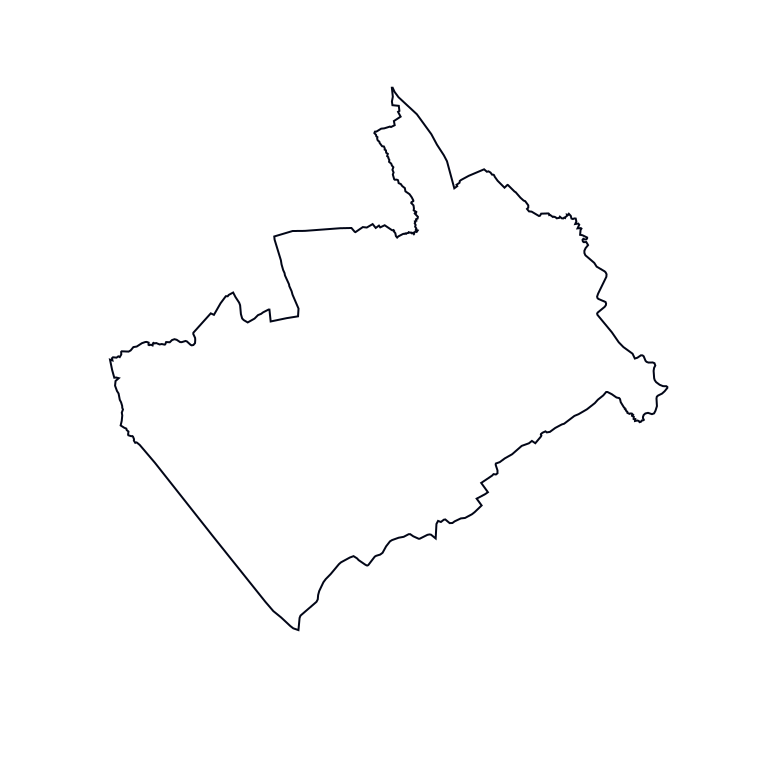 outline of Chian Yai, Nakhon Si Thammarat, Thailand, rotated 38°
{"feature_id": "78962969B18712329384624", "entity_name": "Chian Yai", "entity_type": "district", "adm_level": 2, "iso_a3": "THA", "parent_name": "Thailand", "parent_adm1": "Nakhon Si Thammarat", "projection": "orthographic", "projection_center": [100.156, 8.119], "detail": "fine", "context": "isolated", "style": "outline", "palette": "ink", "viewbox_px": 768, "rotation_deg": 38, "n_neighbors": 0, "source": "geoboundaries", "source_scale": "gbopen_adm2", "svg_char_len": 6165}
<svg xmlns="http://www.w3.org/2000/svg" viewBox="0 0 768 768"><g transform="rotate(38 384 384)"><path d="M424.7,628.7L436.6,631.1L446.7,631.3L459.1,632.4L462.9,632.4L468.1,630.6L461.5,620.3L460.8,617.9L464.9,597.2L464.4,594.5L462.0,590.8L460.4,587.0L458.3,577.5L458.2,573.6L459.0,566.6L459.4,553.7L459.9,551.0L463.9,541.8L466.0,538.4L470.1,538.0L472.4,538.4L480.6,537.9L482.1,537.6L482.8,537.1L483.1,536.2L483.0,525.7L483.6,524.2L486.0,520.8L486.8,517.9L485.6,510.6L485.6,504.3L486.4,502.1L490.2,496.1L493.6,492.3L495.9,487.2L497.1,486.2L500.8,486.0L506.6,484.6L507.4,483.9L511.1,476.1L512.5,474.5L513.8,473.8L519.8,473.9L511.5,462.0L510.9,458.6L513.8,457.7L514.7,454.1L515.7,453.0L521.4,453.2L523.5,451.4L524.2,448.8L527.3,442.6L530.3,439.7L533.5,432.5L534.3,429.3L535.7,419.6L527.6,417.3L531.6,408.3L532.5,405.3L521.5,402.1L525.6,389.6L525.8,387.6L527.9,386.4L528.4,384.5L526.6,382.2L521.7,378.9L521.1,377.8L523.3,374.3L525.0,368.2L528.2,360.5L530.6,348.0L534.7,341.5L535.6,337.8L539.7,337.5L540.0,328.8L539.8,327.8L538.8,327.4L538.5,326.8L538.9,324.8L540.4,321.9L542.1,321.9L544.2,319.6L546.0,313.2L549.0,306.4L550.4,304.4L553.7,291.9L555.9,288.0L559.5,279.0L561.9,269.3L562.2,264.7L563.8,258.0L564.0,253.5L565.1,252.7L569.8,251.8L575.5,251.5L578.0,250.3L579.3,250.6L581.8,252.6L587.4,254.7L588.4,254.7L589.1,255.4L590.0,255.1L590.8,255.9L592.1,256.2L592.7,256.0L593.6,256.9L595.8,256.4L596.1,255.7L597.5,254.7L599.1,254.9L598.7,255.9L599.0,256.4L601.0,256.0L602.2,257.9L602.9,257.8L603.6,257.0L604.6,258.6L606.1,256.8L607.5,256.3L608.9,256.7L609.7,255.6L609.6,254.1L610.4,253.4L610.8,252.3L609.0,251.4L608.3,250.4L607.7,248.5L608.1,246.3L609.8,244.2L613.7,242.8L614.9,240.9L614.4,238.0L612.7,233.4L607.6,227.6L606.8,226.0L607.1,224.3L609.0,220.4L609.6,217.0L609.7,212.7L609.1,211.9L607.9,211.9L605.2,213.9L601.7,214.9L597.3,215.0L595.0,214.3L593.3,213.1L588.4,207.7L586.9,205.0L586.4,202.4L584.3,201.1L582.5,201.6L579.2,204.3L577.3,204.9L575.8,204.7L571.6,202.3L570.1,202.3L568.8,203.2L567.5,207.3L566.0,209.5L561.2,207.1L549.9,207.5L543.3,206.6L531.8,203.0L509.6,198.1L508.6,197.3L508.4,196.2L510.4,187.3L510.3,185.3L509.5,183.9L508.1,183.0L500.5,185.0L499.2,184.8L498.1,183.9L497.1,181.0L493.2,162.6L491.8,160.5L490.0,159.6L488.5,159.4L479.3,160.6L475.1,159.1L463.5,158.6L461.4,157.5L459.9,155.7L459.2,152.9L459.3,148.9L456.0,147.6L454.0,149.3L452.9,149.2L451.7,148.2L451.7,146.8L453.2,146.5L454.4,145.5L454.4,144.2L453.9,143.5L448.8,144.6L446.7,145.7L444.1,141.7L443.9,140.0L443.1,140.0L440.7,142.2L439.8,138.3L438.3,138.0L436.2,140.2L435.5,137.5L433.2,135.6L432.0,136.4L431.3,137.7L429.9,138.2L427.6,136.5L424.9,136.1L425.0,137.3L423.8,137.9L424.7,138.6L424.2,140.8L424.5,141.7L423.6,141.9L423.3,143.2L422.0,144.0L419.6,143.9L419.8,145.2L418.1,147.1L416.5,147.0L414.7,147.6L414.3,148.4L410.8,148.5L410.2,149.2L409.1,148.3L408.5,148.4L403.0,153.0L403.3,155.4L402.7,156.2L394.2,157.3L392.0,158.7L388.9,158.0L389.1,156.2L387.7,154.4L382.7,153.0L381.1,153.5L376.8,153.2L369.6,151.8L368.5,152.0L359.1,150.9L358.7,151.1L358.1,155.1L348.4,153.9L343.6,152.5L342.2,151.7L341.4,151.7L340.3,152.5L337.7,151.8L335.4,152.1L334.4,153.4L330.7,153.2L322.6,167.8L319.2,175.6L318.7,177.3L319.6,178.9L318.5,182.4L319.9,183.0L318.9,186.5L296.5,169.7L290.3,166.9L278.4,162.8L267.5,158.0L243.8,151.2L218.9,149.1L212.5,147.3L208.4,145.2L207.8,145.7L214.1,152.2L216.3,156.5L219.0,159.1L224.4,155.7L228.0,159.3L227.5,160.9L232.5,163.1L229.9,170.7L233.1,173.5L231.3,177.2L230.2,177.5L226.8,182.4L224.6,184.5L222.6,189.8L221.5,190.7L221.9,192.2L224.4,192.6L225.5,193.6L226.8,193.5L227.6,194.9L229.1,195.9L231.1,195.9L232.1,196.7L236.1,197.8L237.7,196.9L239.6,197.9L240.2,198.9L241.7,198.7L243.3,200.4L245.3,200.3L246.2,202.5L247.7,202.6L248.7,203.5L250.2,204.1L251.2,205.8L254.0,205.9L255.8,207.0L257.9,207.4L258.8,210.0L261.3,211.4L262.0,213.5L266.0,216.4L266.7,216.4L268.3,215.1L269.6,214.8L271.9,216.7L274.2,216.1L276.5,216.8L279.8,216.8L282.3,219.0L287.2,218.7L290.9,219.8L294.1,221.3L294.5,221.9L293.7,223.8L294.0,224.6L297.3,225.1L299.5,227.2L300.5,228.9L303.5,228.5L303.9,229.3L303.1,230.0L303.2,230.7L307.8,231.4L308.6,233.0L307.8,234.5L309.0,235.4L308.2,236.8L309.1,237.4L309.2,238.4L311.0,239.2L311.7,240.9L313.7,241.5L314.1,242.8L316.0,242.2L316.1,244.1L315.0,244.5L314.4,246.3L315.3,247.1L315.3,247.5L313.7,247.1L313.3,248.1L312.0,248.0L311.6,248.6L310.0,249.2L310.2,249.9L309.1,251.2L309.0,251.9L308.2,252.1L308.0,252.9L307.4,253.1L306.5,254.3L304.4,258.9L304.2,260.5L302.3,260.1L300.1,258.2L298.0,257.7L297.7,257.1L296.7,256.8L296.1,257.7L295.2,257.9L286.8,258.5L284.6,262.9L282.5,262.3L281.4,266.1L276.6,265.0L274.1,271.3L270.7,273.4L268.0,281.9L267.2,282.1L262.3,281.1L253.6,288.2L227.2,312.2L217.8,319.7L206.7,335.3L208.9,337.6L226.6,350.0L229.6,352.8L234.4,356.3L237.3,357.8L239.1,359.4L247.9,364.0L249.0,365.1L254.1,367.8L256.9,369.9L270.2,377.2L274.6,383.6L266.7,392.1L256.2,404.5L247.9,395.9L247.2,396.4L244.6,402.0L244.0,404.3L242.3,407.3L241.7,412.2L238.7,419.4L234.1,420.0L231.9,419.7L228.2,417.0L222.1,410.5L219.8,409.1L213.4,406.9L208.8,404.8L206.8,409.4L206.8,411.1L205.3,412.2L205.5,421.0L207.4,434.2L204.0,435.0L202.2,460.9L202.9,462.0L206.8,464.0L208.2,465.6L209.9,468.1L209.8,470.6L208.7,471.9L207.5,472.2L202.4,471.8L201.1,472.3L198.8,475.6L197.5,476.5L193.4,476.8L191.3,477.7L189.9,479.9L189.5,483.0L186.5,485.1L187.2,487.5L186.8,488.1L184.3,489.3L182.8,491.0L179.2,492.0L178.4,493.2L177.1,493.4L176.9,493.9L177.9,496.1L176.2,496.5L175.0,498.0L174.3,498.1L173.1,496.3L171.2,496.9L170.1,497.8L168.1,500.9L166.1,506.7L163.8,509.2L163.7,513.5L162.8,515.7L157.2,519.7L157.1,520.5L158.8,522.5L159.2,525.5L157.6,525.8L157.0,527.9L154.0,529.8L153.8,531.2L155.5,532.6L153.1,533.5L161.1,540.3L167.6,545.1L168.9,543.8L171.4,542.7L170.6,546.9L173.1,550.9L177.9,553.9L180.7,554.9L185.5,559.1L188.1,560.3L191.2,562.5L192.4,563.9L194.0,564.8L195.0,568.0L197.1,569.9L200.0,574.5L202.0,578.8L206.2,578.4L208.4,577.8L209.6,578.7L211.9,578.8L213.4,581.3L214.1,581.8L216.9,580.8L217.7,580.0L218.6,580.0L221.0,581.4L221.7,582.6L224.2,583.5L224.8,582.5L225.4,582.3L229.0,582.4L251.9,587.1L342.5,609.2L424.7,628.7Z" fill="none" stroke="#020617" stroke-width="2"/></g></svg>